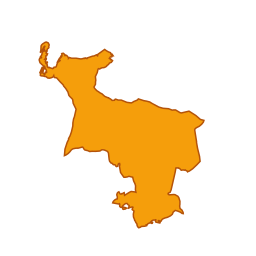 Kampong Svay, Kâmpóng Thum, Cambodia (Mercator projection), rotated 79°
{"feature_id": "14789045B4566000056462", "entity_name": "Kampong Svay", "entity_type": "district", "adm_level": 2, "iso_a3": "KHM", "parent_name": "Cambodia", "parent_adm1": "Kâmpóng Thum", "projection": "mercator", "projection_center": [104.694, 12.753], "detail": "fine", "context": "isolated", "style": "filled", "palette": "amber", "viewbox_px": 256, "rotation_deg": 79, "n_neighbors": 0, "source": "geoboundaries", "source_scale": "gbopen_adm2", "svg_char_len": 5843}
<svg xmlns="http://www.w3.org/2000/svg" viewBox="0 0 256 256"><g transform="rotate(79 128 128)"><path d="M143.0,195.7L142.6,193.9L141.6,191.6L140.4,189.8L138.6,187.7L138.1,186.5L137.9,185.6L137.9,183.0L138.3,180.6L138.0,176.5L138.4,175.9L140.4,175.2L141.3,174.6L142.7,171.6L143.8,170.1L144.0,167.8L144.7,164.5L145.2,160.3L145.1,159.5L144.4,158.1L144.5,157.2L145.0,155.6L146.7,153.0L148.1,152.1L149.1,152.0L155.3,152.5L157.2,152.4L159.2,151.3L159.6,150.4L161.2,149.4L161.6,147.9L161.9,147.6L163.3,147.1L163.7,146.7L163.6,145.5L161.3,144.2L161.1,143.5L161.2,143.0L162.4,143.0L164.1,143.7L170.3,143.8L175.5,141.5L175.8,140.4L175.9,138.2L175.6,136.3L177.2,132.8L181.0,132.6L184.1,131.8L186.2,131.6L190.0,132.5L192.6,132.5L192.0,133.7L190.9,137.0L191.4,138.9L193.4,144.2L190.7,144.1L190.9,145.0L191.4,145.9L191.2,146.6L191.5,146.9L191.4,148.0L191.1,148.4L188.9,149.1L189.2,150.1L189.9,151.0L191.5,151.8L193.2,151.6L195.1,151.9L195.6,152.2L195.5,152.8L195.9,154.3L196.4,155.2L197.3,156.5L198.6,157.3L200.9,151.5L200.7,150.8L201.3,150.7L203.0,151.1L203.6,151.0L204.5,150.2L204.7,149.3L205.1,148.8L205.4,148.6L206.7,148.5L207.0,148.1L207.0,145.9L206.6,145.1L206.2,145.0L205.8,145.4L204.6,148.0L204.2,148.5L203.8,148.4L203.0,147.5L201.7,144.9L201.9,143.3L203.2,142.7L204.3,141.6L205.0,141.8L206.1,142.6L206.7,143.3L206.9,143.0L206.4,141.2L206.3,139.6L206.5,138.4L206.9,138.3L208.6,139.5L209.0,139.4L210.2,138.2L210.7,138.0L213.5,139.2L216.4,139.6L219.0,139.1L220.0,139.1L220.8,138.6L222.0,138.4L224.1,137.5L224.9,137.7L226.7,137.4L228.0,136.5L227.8,134.9L227.2,133.6L227.6,130.5L227.5,128.7L227.4,128.3L226.5,128.5L226.6,127.7L225.7,126.6L225.5,125.8L225.3,124.1L226.1,123.1L226.2,122.4L225.6,121.9L225.3,121.9L225.2,123.5L224.9,124.1L223.6,122.3L223.2,120.8L223.5,119.1L223.3,118.5L223.5,118.2L224.8,118.8L225.7,118.6L227.3,115.0L227.2,114.6L226.9,114.5L225.4,115.8L224.7,115.8L224.7,115.3L225.2,114.7L225.8,113.5L225.5,113.0L224.5,112.3L224.0,111.5L223.4,109.2L223.2,106.3L222.3,103.0L221.1,100.9L219.2,99.7L217.9,97.4L218.9,95.3L220.6,92.7L222.2,91.2L222.6,90.1L221.4,90.0L218.9,90.7L216.9,92.3L214.4,92.2L213.1,91.7L209.8,91.0L206.1,91.4L204.5,92.1L202.4,94.6L202.0,95.8L201.5,100.3L200.8,101.1L200.2,101.2L199.6,100.8L199.2,99.0L197.0,97.5L180.3,90.1L176.6,88.7L176.3,88.4L176.7,87.1L176.6,86.4L177.1,86.0L177.5,85.1L179.4,84.0L179.7,83.4L179.6,82.7L179.8,81.5L180.2,80.7L180.0,79.9L180.8,79.2L181.2,78.5L182.4,77.9L182.1,77.4L182.2,77.0L182.0,76.1L180.4,72.4L177.3,67.5L174.5,63.6L169.5,63.2L161.3,63.6L155.3,63.5L154.4,63.3L142.7,62.9L141.8,62.5L140.8,60.9L139.9,57.7L138.4,55.0L136.6,52.9L135.0,52.0L133.4,55.3L128.7,59.0L123.1,64.9L123.4,72.7L122.9,73.9L119.4,77.8L119.0,79.7L118.9,81.2L116.8,84.5L115.3,89.9L113.3,93.8L108.4,99.8L106.6,101.7L105.2,104.6L104.2,107.2L101.4,112.3L102.2,113.3L102.5,114.2L103.1,117.3L103.8,119.0L104.0,120.0L102.6,124.2L99.3,129.3L98.7,132.3L97.3,134.6L97.4,135.3L98.2,136.0L97.9,138.3L96.2,139.6L95.3,140.9L94.6,141.2L94.4,142.0L92.5,144.8L89.4,147.1L88.5,148.4L86.8,150.0L85.4,151.5L82.9,153.1L81.8,153.5L81.2,153.5L78.9,151.6L76.6,151.1L75.0,150.5L71.3,150.2L67.7,147.6L64.5,146.2L64.1,145.5L64.7,144.5L64.3,143.7L63.9,141.9L64.1,140.9L64.1,139.6L63.7,138.2L63.3,137.2L62.7,136.8L61.9,135.0L60.7,133.8L60.4,131.9L59.0,130.3L57.9,131.1L57.8,131.8L57.5,132.0L57.0,131.8L56.7,132.0L56.5,132.8L56.1,133.1L54.8,131.7L55.1,130.4L54.2,129.6L54.3,128.8L52.9,129.4L53.2,129.7L53.7,129.6L53.8,129.9L53.2,130.0L53.2,130.3L52.9,130.5L52.1,130.6L52.0,130.3L51.7,130.7L50.7,130.8L49.6,132.6L47.7,134.8L46.4,135.9L50.0,143.7L50.4,144.1L51.9,143.9L51.0,144.5L50.3,144.5L50.1,144.9L50.8,147.5L50.7,149.1L51.4,154.3L52.0,154.9L51.6,156.0L51.4,155.8L51.2,155.9L51.1,156.4L51.1,157.3L51.5,157.9L51.1,158.3L51.3,159.8L51.2,161.2L49.6,165.6L48.7,170.1L47.6,172.2L48.2,173.1L47.7,173.0L46.0,173.8L45.0,174.4L44.8,174.9L44.9,175.5L44.8,176.0L44.4,175.6L42.3,177.2L42.2,178.5L42.5,179.0L43.7,178.8L45.0,179.3L45.6,180.0L43.9,179.5L45.1,180.4L46.2,181.4L46.5,182.0L48.8,183.9L48.2,182.1L48.9,181.8L50.0,184.2L50.7,184.9L54.1,186.8L54.4,187.4L54.2,189.0L55.1,189.7L54.9,190.0L55.3,190.6L54.3,192.6L53.5,193.7L53.8,194.0L53.4,194.9L52.8,195.4L52.3,195.1L51.9,195.2L51.6,195.6L50.6,195.2L49.2,195.8L49.1,196.2L48.7,196.3L48.9,195.5L48.8,195.0L48.6,194.7L48.0,194.6L47.7,194.8L47.8,195.2L47.5,196.1L46.8,196.5L45.8,195.9L44.9,195.1L44.5,195.0L44.5,196.4L43.4,195.2L41.6,195.0L41.5,194.0L40.2,193.1L40.2,193.4L39.7,193.2L39.5,193.6L38.9,193.7L38.7,194.1L37.2,192.9L36.8,194.2L36.4,192.9L35.0,191.9L34.3,190.6L33.9,190.3L32.7,190.2L31.4,189.5L29.3,190.0L28.6,190.9L28.0,191.9L28.1,193.0L29.2,195.8L30.0,197.0L30.9,197.7L35.1,198.7L37.3,199.8L35.7,197.7L32.2,195.0L31.8,194.1L32.0,194.0L35.7,196.6L35.4,195.2L35.7,195.3L37.4,197.7L39.9,198.8L41.6,200.6L42.0,200.4L42.2,199.5L42.5,199.5L42.6,199.8L42.4,200.4L42.8,201.4L43.9,202.1L44.7,202.2L47.2,201.9L48.1,201.1L48.8,200.8L50.2,199.6L51.1,199.2L51.4,198.2L51.9,198.0L53.7,197.9L55.3,197.2L57.7,197.2L57.8,197.4L57.4,197.9L57.4,198.2L57.9,198.2L57.8,198.5L58.2,198.9L59.5,199.4L59.8,199.7L59.8,199.9L58.6,200.0L58.5,200.4L58.2,200.3L57.6,201.3L57.5,202.0L57.2,201.7L56.8,201.8L57.0,201.0L56.2,200.5L55.4,200.2L55.2,200.6L56.2,203.3L56.5,203.7L58.6,203.7L59.6,204.0L60.2,203.4L60.9,201.0L61.6,199.8L61.9,198.6L63.5,197.4L64.1,195.8L64.1,194.2L63.7,192.0L62.4,190.9L63.4,190.9L64.6,190.3L65.0,188.7L65.3,188.4L69.9,185.7L73.1,183.5L74.6,183.1L77.3,181.6L81.2,180.1L84.7,179.8L86.0,179.1L88.8,177.2L89.7,176.9L93.3,177.1L99.7,175.4L106.8,178.5L108.7,179.7L112.4,181.1L115.5,181.8L121.1,184.3L124.5,186.3L127.1,188.4L127.5,188.3L128.2,188.7L130.4,190.4L136.7,193.9L143.0,195.7ZM54.1,199.6L54.1,199.1L53.7,199.0L52.8,199.1L52.6,199.2L53.1,199.8L52.2,200.2L52.2,200.8L55.8,203.2L55.4,202.0L54.4,200.1L54.2,199.9L53.7,199.9L54.1,199.6Z" fill="#f59e0b" stroke="#b45309" stroke-width="1.5"/></g></svg>